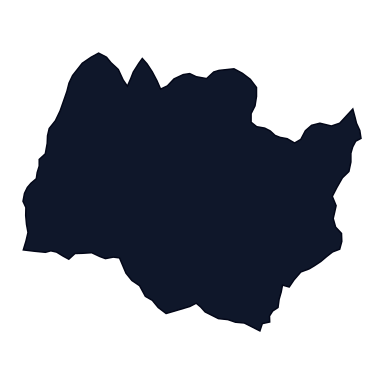 outline of Gastão Vidigal, São Paulo, Brazil
{"feature_id": "56859067B980429746583", "entity_name": "Gastão Vidigal", "entity_type": "district", "adm_level": 2, "iso_a3": "BRA", "parent_name": "Brazil", "parent_adm1": "São Paulo", "projection": "albers", "projection_center": [-50.2, -20.806], "detail": "fine", "context": "isolated", "style": "filled", "palette": "ink", "viewbox_px": 384, "rotation_deg": 0, "n_neighbors": 0, "source": "geoboundaries", "source_scale": "gbopen_adm2", "svg_char_len": 1693}
<svg xmlns="http://www.w3.org/2000/svg" viewBox="0 0 384 384"><path d="M98.6,53.1L91.1,57.2L82.3,63.2L72.6,75.5L69.0,83.1L66.9,91.4L63.4,101.5L60.1,110.9L55.4,120.7L49.2,128.5L47.5,135.8L47.2,143.4L45.3,153.8L39.2,159.4L39.2,166.1L37.2,172.5L36.3,178.7L31.0,183.2L27.4,187.4L24.5,193.3L23.0,201.3L25.9,207.5L25.7,215.4L26.5,224.3L28.0,232.5L25.9,241.4L23.3,249.9L35.1,251.3L45.5,252.3L50.8,250.8L56.6,252.1L63.1,256.1L68.8,259.2L75.0,253.5L82.1,253.3L91.7,252.7L99.8,256.5L105.4,258.6L113.3,257.1L119.5,257.9L126.0,273.2L131.9,280.5L139.6,285.7L145.4,296.4L152.3,300.3L158.2,307.5L166.1,313.5L174.4,311.1L189.8,306.5L196.2,303.2L200.6,306.9L205.1,311.9L218.4,318.6L227.9,319.6L235.4,322.2L244.3,323.0L259.9,330.9L262.3,323.6L269.7,322.0L269.5,316.0L272.7,311.0L278.0,307.5L279.1,299.3L281.2,292.0L282.5,285.1L289.2,287.0L294.0,279.9L300.8,272.0L309.3,268.8L314.3,265.8L320.8,261.5L326.7,256.5L332.6,251.9L339.7,249.2L341.8,241.4L341.5,233.4L335.6,227.1L333.2,218.5L334.7,212.0L336.1,205.7L332.3,196.4L336.8,187.6L342.4,177.8L348.9,171.5L350.9,162.0L350.9,153.2L352.7,146.9L355.7,141.2L361.0,138.4L359.8,130.5L356.5,123.3L355.1,117.6L352.8,109.0L339.7,123.2L331.4,126.0L319.9,123.2L311.6,125.3L305.4,130.7L300.8,139.4L294.6,143.0L287.2,138.7L280.1,137.4L275.0,135.4L270.3,131.0L264.7,128.1L256.7,126.7L251.1,122.2L251.1,113.6L255.0,105.9L256.5,96.4L256.5,87.5L250.3,79.3L242.4,73.3L234.0,68.8L219.0,70.4L213.7,72.0L206.6,78.6L196.2,76.7L189.7,73.6L183.2,74.6L174.0,78.9L167.4,85.9L160.6,89.1L157.0,80.8L152.2,71.7L147.0,63.8L142.3,58.5L138.9,63.2L133.3,72.0L130.7,78.7L127.4,86.2L123.1,79.9L118.3,69.5L110.9,62.6L106.5,57.2L98.6,53.1Z" fill="#0f172a" stroke="#020617" stroke-width="1.5"/></svg>